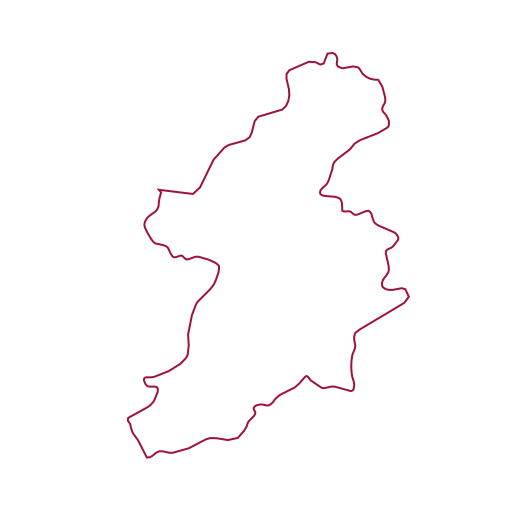 the Province of Belluno, rotated 159°
{"feature_id": "ITA-5467", "entity_name": "Belluno", "entity_type": "Province", "adm_level": 1, "iso_a3": "ITA", "parent_name": "Italy", "parent_adm1": "", "projection": "robinson", "projection_center": [12.178, 46.278], "detail": "fine", "context": "isolated", "style": "outline", "palette": "rose", "viewbox_px": 512, "rotation_deg": 159, "n_neighbors": 0, "source": "natural_earth", "source_scale": "10m", "svg_char_len": 3639}
<svg xmlns="http://www.w3.org/2000/svg" viewBox="0 0 512 512"><g transform="rotate(159 256 256)"><path d="M338.2,92.7L348.1,94.2L358.3,100.1L363.8,102.4L368.6,102.8L387.8,100.6L404.1,102.1L404.7,102.3L407.3,103.3L413.3,107.2L416.3,108.3L419.4,108.2L424.7,106.5L427.3,106.2L430.1,107.0L432.2,126.5L434.5,135.1L434.3,140.4L433.7,144.3L434.6,147.8L434.1,149.7L433.1,150.7L411.4,153.7L408.2,154.6L405.4,155.9L404.0,156.7L402.3,158.1L396.6,164.2L395.4,166.6L395.3,168.5L396.2,169.6L397.4,170.4L398.9,171.0L400.6,171.5L403.4,172.9L404.5,174.3L405.1,176.4L405.2,180.0L404.4,181.7L403.0,182.2L401.4,181.9L398.3,180.6L394.8,179.7L379.0,179.8L365.2,182.4L358.0,185.8L356.3,187.2L355.0,188.6L350.8,196.7L348.4,204.3L347.5,207.1L336.9,223.9L330.1,231.5L327.5,233.9L310.5,241.5L305.6,244.5L302.2,247.8L296.7,254.4L295.0,257.6L294.2,259.6L294.4,260.8L295.7,263.3L296.5,264.4L301.6,269.6L309.7,275.8L311.2,276.4L312.9,277.0L320.3,277.2L321.9,277.6L322.9,278.6L323.6,279.8L324.1,281.2L324.7,282.4L325.8,283.3L327.5,283.5L331.3,283.6L332.9,284.1L334.1,285.5L334.7,288.5L335.2,294.3L335.5,295.8L336.2,297.0L337.1,298.0L339.4,299.9L345.7,304.0L346.9,306.3L347.9,309.9L349.2,318.0L349.4,322.0L349.2,324.7L348.3,326.5L347.6,327.4L346.7,328.4L344.4,330.2L341.7,331.5L333.6,333.7L332.3,334.4L331.1,335.3L330.1,336.3L329.2,337.4L328.5,338.7L327.2,341.5L325.5,344.3L321.8,349.4L322.9,352.6L292.6,336.5L283.8,340.0L261.0,361.2L246.5,368.6L241.5,369.4L224.9,367.8L219.5,369.1L215.8,372.6L208.9,382.4L203.9,385.2L178.9,383.3L174.2,385.3L170.3,389.1L167.3,394.1L165.5,399.8L164.0,410.7L162.2,415.0L158.3,417.5L137.1,418.4L130.8,415.5L127.5,411.7L123.8,411.5L116.7,419.3L111.8,418.1L110.0,416.4L109.2,413.5L109.6,410.5L111.9,406.2L111.6,403.5L108.2,400.3L97.2,398.1L93.0,395.4L92.3,393.7L91.1,387.7L88.8,383.6L85.8,380.5L82.3,378.2L78.7,376.7L77.4,368.4L78.6,357.8L79.6,354.7L80.9,352.7L83.7,350.5L85.4,348.3L85.8,346.6L85.6,344.9L84.3,341.7L83.8,339.1L83.5,334.5L84.7,331.2L86.1,329.4L87.9,328.7L98.5,327.0L116.9,326.9L120.5,326.3L123.8,325.5L130.3,321.8L144.8,317.6L148.9,315.8L150.8,314.2L152.0,312.7L153.4,310.0L160.7,300.9L162.9,298.8L164.9,297.4L169.1,295.9L172.3,294.2L173.4,292.5L173.7,290.9L173.0,289.6L172.0,288.6L170.9,287.7L160.9,282.9L158.5,281.0L157.6,280.0L156.8,278.8L156.6,276.7L156.9,274.2L159.2,267.3L158.9,267.0L158.2,266.3L157.0,265.7L153.7,264.6L152.3,263.9L151.4,262.9L150.1,260.3L149.2,259.2L147.8,258.6L146.0,258.3L138.2,258.5L136.3,258.3L134.7,257.8L133.7,256.4L133.2,254.2L133.7,247.4L133.6,245.2L133.0,243.8L132.3,242.6L130.6,240.4L118.4,228.4L117.5,227.0L116.9,225.2L116.5,222.6L117.0,220.9L118.1,219.8L124.4,216.0L125.9,215.4L131.3,214.9L133.1,213.8L133.8,212.3L135.6,200.0L136.4,197.0L137.3,194.8L138.2,193.7L139.2,192.7L141.5,191.0L144.4,189.3L146.2,188.0L148.2,185.4L148.8,183.5L148.8,181.8L148.1,180.4L147.3,179.3L146.4,178.3L143.9,176.7L140.6,175.4L131.5,173.7L128.5,171.5L127.9,163.2L134.4,159.1L185.2,150.3L190.6,148.7L191.6,147.7L192.5,146.6L193.3,145.4L193.9,144.0L194.4,142.4L195.3,137.3L196.0,135.6L197.0,134.0L201.4,129.3L204.4,124.0L206.8,118.4L208.7,112.3L209.4,108.9L209.8,103.3L210.2,101.3L211.1,99.2L212.9,96.4L214.5,95.8L216.0,96.0L229.0,105.6L231.9,107.0L239.3,108.1L240.8,108.6L242.0,109.5L249.3,120.0L249.8,121.3L250.7,124.5L251.9,125.9L253.9,125.4L261.5,121.4L266.8,119.4L283.1,117.8L286.6,116.7L289.6,115.4L293.2,113.1L295.7,112.3L298.0,112.1L299.5,112.6L300.8,113.4L302.0,114.3L303.7,115.3L305.8,116.0L309.5,116.4L311.5,115.8L312.7,114.9L313.0,113.4L312.6,110.5L313.3,109.0L315.0,107.5L321.3,104.6L323.1,103.5L324.1,102.5L325.8,100.2L329.9,97.0L338.2,92.7Z" fill="none" stroke="#9f1239" stroke-width="2"/></g></svg>